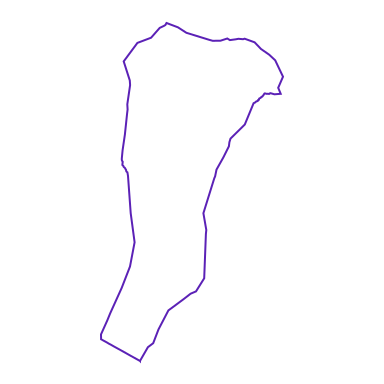 outline of Bayandalai, Ömnögovi, Mongolia
{"feature_id": "93677404B14940221514499", "entity_name": "Bayandalai", "entity_type": "district", "adm_level": 2, "iso_a3": "MNG", "parent_name": "Mongolia", "parent_adm1": "Ömnögovi", "projection": "albers", "projection_center": [103.4, 42.947], "detail": "fine", "context": "isolated", "style": "outline", "palette": "violet", "viewbox_px": 384, "rotation_deg": 0, "n_neighbors": 0, "source": "geoboundaries", "source_scale": "gbopen_adm2", "svg_char_len": 2259}
<svg xmlns="http://www.w3.org/2000/svg" viewBox="0 0 384 384"><path d="M254.6,42.3L244.6,38.7L243.1,39.2L238.4,38.8L235.8,39.3L229.9,40.1L227.3,38.5L220.5,40.7L212.7,40.8L208.8,39.7L186.4,32.8L177.9,27.3L166.5,23.0L165.4,25.0L163.9,25.9L159.7,27.9L151.1,37.7L148.5,38.7L137.4,42.9L123.7,61.4L129.8,80.5L130.1,85.1L127.3,104.3L127.6,109.5L127.1,113.5L124.9,134.5L122.6,150.2L121.8,158.5L121.8,159.5L121.8,159.9L121.9,160.2L122.0,160.5L122.1,160.8L122.3,161.1L122.4,161.3L122.5,161.6L122.7,161.8L122.7,162.0L122.6,162.3L122.6,162.6L122.6,162.9L122.6,163.1L122.5,163.6L122.4,164.0L122.4,164.3L122.4,164.7L122.4,164.9L122.5,165.2L122.7,165.3L122.9,165.5L123.2,165.8L123.4,166.0L123.5,166.4L123.6,166.7L123.7,166.9L123.9,167.1L124.1,167.3L124.4,167.5L124.7,167.7L124.9,168.0L125.1,168.3L125.4,168.8L125.5,169.1L125.7,169.4L125.9,169.6L126.0,169.9L126.1,170.1L126.1,170.3L126.2,170.8L126.3,171.3L126.5,171.6L126.8,171.9L127.1,172.1L127.4,172.3L128.0,175.9L130.7,213.2L134.6,242.3L130.0,266.5L121.7,287.9L110.2,313.3L107.3,320.4L101.0,334.4L101.1,339.3L106.8,342.4L109.1,343.8L110.7,344.6L114.0,346.5L118.0,348.7L126.1,353.2L130.7,355.8L139.9,360.9L140.0,361.0L140.0,360.9L147.9,347.2L153.2,343.2L158.5,329.4L168.4,310.4L183.4,299.3L190.6,293.7L196.0,291.4L204.2,278.3L205.9,233.9L206.3,230.0L203.4,213.2L214.3,178.2L215.1,176.4L216.5,169.6L223.3,157.5L228.9,146.3L229.4,142.2L230.5,138.6L244.0,125.3L244.8,124.5L253.6,103.2L253.9,103.1L254.4,102.8L254.8,102.7L255.3,102.3L255.6,102.0L256.0,101.7L256.3,101.4L256.5,101.3L257.1,101.2L257.5,101.1L257.8,100.9L257.9,100.6L258.0,100.3L258.0,100.2L258.4,100.1L258.6,100.0L258.8,99.9L258.9,99.7L259.0,99.5L259.0,99.0L259.2,98.6L259.4,98.4L259.6,98.3L260.0,98.2L260.4,98.0L261.1,97.4L261.3,97.0L261.5,96.8L261.8,96.7L262.2,96.7L263.0,95.7L263.3,95.3L263.5,95.1L263.6,94.8L263.7,94.7L263.8,94.6L264.0,94.3L264.3,93.7L264.5,93.5L264.8,93.4L265.0,93.4L265.3,93.5L265.7,93.6L266.0,93.7L266.3,93.8L266.9,93.8L267.2,93.8L267.5,93.8L267.8,93.8L268.1,93.8L268.5,93.9L268.9,93.9L269.2,93.9L269.5,93.8L269.6,93.7L269.9,93.4L270.1,93.3L270.2,93.2L270.3,93.2L270.5,93.2L270.8,93.3L271.3,93.4L274.4,94.3L280.7,93.8L278.2,87.8L283.0,76.7L275.2,60.3L269.2,54.7L261.0,49.0L254.6,42.3Z" fill="none" stroke="#5b21b6" stroke-width="2"/></svg>